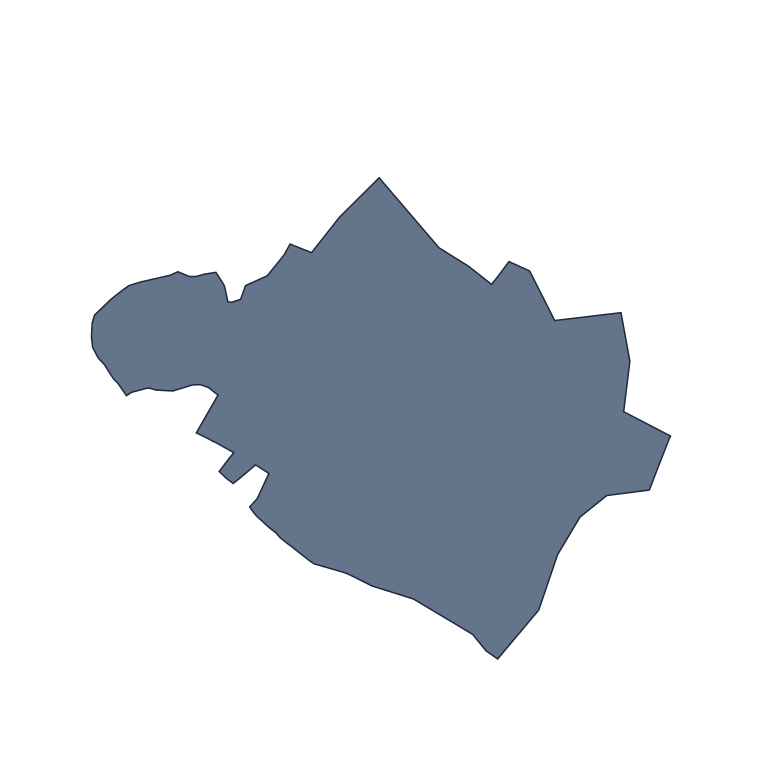 Tangaza, Sokoto, Nigeria (Natural Earth projection), rotated 123°
{"feature_id": "59680162B53228015633193", "entity_name": "Tangaza", "entity_type": "district", "adm_level": 2, "iso_a3": "NGA", "parent_name": "Nigeria", "parent_adm1": "Sokoto", "projection": "natural_earth1", "projection_center": [5.031, 13.477], "detail": "fine", "context": "isolated", "style": "filled", "palette": "slate", "viewbox_px": 768, "rotation_deg": 123, "n_neighbors": 0, "source": "geoboundaries", "source_scale": "gbopen_adm2", "svg_char_len": 1455}
<svg xmlns="http://www.w3.org/2000/svg" viewBox="0 0 768 768"><g transform="rotate(123 384 384)"><path d="M483.9,664.3L491.4,662.1L497.6,658.6L503.4,655.3L509.8,650.1L509.9,649.9L512.0,648.3L517.9,637.8L519.9,629.4L525.3,617.6L527.2,613.1L528.0,608.5L533.3,595.5L534.1,593.7L528.5,591.2L516.4,580.3L515.0,577.7L513.1,571.4L512.3,570.2L504.9,557.3L489.1,544.1L484.6,537.8L482.6,529.3L483.7,517.2L527.2,514.8L525.4,499.5L525.4,497.0L524.7,493.2L524.4,487.6L523.4,472.5L530.4,473.4L547.1,474.6L549.0,464.8L549.6,456.3L543.6,454.3L540.6,453.3L521.8,447.7L521.7,431.8L549.2,427.9L560.3,429.7L562.2,425.1L564.1,419.2L566.4,405.7L566.9,402.2L567.1,400.7L567.7,393.5L569.5,387.4L570.5,377.0L570.7,372.6L571.2,368.3L572.8,350.1L572.9,344.6L564.5,317.0L563.2,312.0L562.2,304.4L559.9,283.8L548.3,242.3L545.7,173.3L552.2,153.1L552.7,138.9L489.3,131.1L432.5,145.5L388.7,147.1L356.2,136.4L328.4,103.7L301.6,109.4L273.8,115.1L271.6,115.4L276.7,167.9L231.0,190.2L195.1,224.1L237.8,275.4L209.9,323.4L213.3,345.9L228.3,346.8L241.9,348.0L239.2,377.0L239.8,412.1L213.7,500.4L268.4,512.2L313.3,516.3L317.8,539.0L330.3,538.1L356.9,540.9L376.8,553.7L391.1,550.4L398.2,556.0L400.2,559.7L396.7,563.1L393.4,566.4L390.2,569.6L388.6,571.5L387.9,572.5L386.7,575.1L384.8,579.3L381.9,585.8L390.0,594.8L396.1,600.0L399.9,605.9L402.1,618.0L409.3,622.6L430.9,643.6L440.4,651.5L447.2,654.2L457.2,657.7L463.1,659.5L483.9,664.3Z" fill="#64748b" stroke="#1e293b" stroke-width="1.5"/></g></svg>